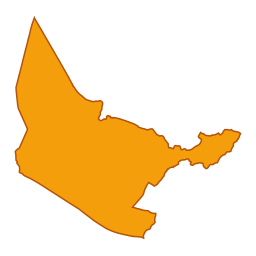 outline of Tapin, Kalimantan Selatan, Indonesia
{"feature_id": "22746128B54842505361870", "entity_name": "Tapin", "entity_type": "district", "adm_level": 2, "iso_a3": "IDN", "parent_name": "Indonesia", "parent_adm1": "Kalimantan Selatan", "projection": "mercator", "projection_center": [115.129, -2.868], "detail": "fine", "context": "isolated", "style": "filled", "palette": "amber", "viewbox_px": 256, "rotation_deg": 0, "n_neighbors": 0, "source": "geoboundaries", "source_scale": "gbopen_adm2", "svg_char_len": 5405}
<svg xmlns="http://www.w3.org/2000/svg" viewBox="0 0 256 256"><path d="M240.3,133.4L239.8,132.9L238.0,132.0L234.3,131.3L232.5,130.6L231.3,129.6L230.0,130.2L229.6,130.1L228.8,129.9L227.4,129.6L225.9,129.7L225.5,129.5L224.7,129.7L223.6,131.1L223.2,131.8L223.0,132.3L222.2,133.5L220.8,134.6L220.0,134.8L219.3,134.2L218.9,133.3L218.8,133.2L218.5,133.0L218.4,133.0L217.3,133.7L216.2,134.3L214.0,135.0L212.4,135.0L211.8,135.1L211.6,135.5L211.4,135.6L210.6,135.8L209.6,135.9L207.3,135.6L205.6,135.4L204.6,134.7L203.5,133.6L202.8,133.6L201.8,133.5L200.7,132.4L200.0,133.4L198.4,136.3L198.5,137.0L198.7,137.4L199.5,138.1L201.1,139.1L201.3,139.5L201.4,140.3L201.1,141.5L200.5,142.7L200.2,143.5L199.9,143.7L199.4,144.2L197.2,145.8L196.6,145.9L195.4,146.5L191.6,149.4L189.7,150.0L187.7,150.2L186.4,150.1L185.5,149.0L184.4,148.8L183.6,149.0L183.1,149.4L182.3,149.6L181.3,149.6L180.9,149.0L180.0,146.2L179.1,145.9L178.2,145.9L177.1,146.0L176.2,145.7L175.5,145.6L174.7,145.8L174.2,146.5L173.6,148.4L173.2,148.8L171.3,148.0L170.2,147.7L168.8,147.7L168.5,146.9L168.2,143.8L164.7,139.3L164.2,138.5L163.8,137.0L162.5,135.9L161.2,135.7L159.7,136.0L159.2,135.7L157.8,135.0L156.7,134.5L155.5,132.8L155.2,132.5L152.8,129.2L152.1,128.9L151.6,128.8L151.2,128.9L150.7,129.1L148.7,129.4L148.0,129.9L146.9,129.8L144.9,129.0L141.7,128.3L141.4,128.1L138.2,127.0L137.9,126.1L134.0,123.9L131.8,123.1L125.1,120.6L123.4,120.1L119.2,118.7L113.6,117.5L112.6,118.1L111.9,117.5L111.2,117.8L110.4,117.6L110.3,117.2L110.4,116.5L109.7,116.5L108.7,115.6L107.8,115.7L107.2,115.9L106.6,116.5L106.7,117.2L106.7,117.8L106.5,118.1L106.3,118.5L105.9,119.3L105.4,119.4L104.6,119.0L104.2,118.9L103.7,119.1L102.2,120.2L100.4,120.7L99.7,120.0L98.8,119.5L98.6,119.3L98.5,118.9L98.7,118.5L98.9,118.1L98.8,117.7L98.7,117.4L100.3,114.8L100.3,113.6L100.3,113.4L100.3,113.1L100.2,112.9L100.3,112.2L101.7,109.7L101.8,109.3L102.0,106.1L102.4,105.6L102.7,103.0L102.2,102.0L101.7,101.6L100.8,100.9L99.7,100.7L97.6,101.4L96.1,101.1L93.9,101.6L92.4,101.5L91.2,101.2L90.7,101.0L86.8,99.8L85.2,98.9L83.0,96.9L82.7,96.6L79.9,94.4L77.6,92.2L76.2,90.3L75.6,89.5L73.9,86.8L73.0,86.2L72.5,85.2L72.8,85.0L72.7,84.8L71.2,82.3L68.1,76.4L67.8,75.9L57.8,58.3L57.7,58.3L52.8,49.7L51.7,47.8L45.2,36.6L40.9,29.1L35.8,20.5L35.0,19.1L34.4,18.2L34.3,17.9L31.9,24.8L31.2,27.4L30.5,30.2L29.2,35.7L29.0,36.3L28.8,37.1L28.6,37.8L28.6,38.0L28.4,38.5L28.5,38.5L28.3,39.1L26.0,48.2L25.8,49.0L25.5,49.9L24.3,54.8L22.8,60.7L21.2,67.1L19.6,73.5L19.0,75.6L18.4,78.1L17.3,82.4L16.0,87.5L16.0,88.0L16.1,88.6L16.2,91.0L17.7,104.9L17.9,106.2L18.3,108.4L23.4,119.7L27.4,128.8L27.3,130.0L25.0,135.2L21.1,144.1L19.4,147.8L19.3,148.0L19.2,148.1L19.0,148.4L18.9,148.5L18.7,148.5L18.2,148.6L15.8,150.8L15.6,151.0L15.4,151.3L15.4,151.5L15.4,152.0L15.4,152.4L15.5,152.7L15.5,153.1L15.8,153.9L15.8,154.9L15.9,155.2L15.9,156.0L15.9,156.3L15.9,156.8L15.9,157.3L16.0,158.5L16.0,159.1L16.0,159.4L16.0,160.0L16.2,160.4L16.2,160.5L16.3,160.6L17.2,161.6L17.3,161.8L17.4,162.0L17.1,162.4L17.0,162.5L16.9,162.8L16.9,163.0L17.1,163.2L17.1,163.3L17.5,164.0L18.4,165.1L18.6,165.3L18.9,165.8L19.3,166.4L19.5,166.9L19.5,167.7L19.6,168.0L19.7,169.8L19.5,170.1L19.4,171.9L19.4,172.4L22.3,173.7L22.7,174.0L23.0,174.3L23.5,175.1L24.2,175.5L24.8,175.9L26.7,176.8L29.9,178.3L36.1,181.7L42.2,185.5L51.2,191.3L57.0,195.0L58.2,195.8L64.8,200.0L69.5,203.1L73.4,205.5L75.8,207.0L79.2,209.2L83.1,212.3L88.1,216.1L88.5,216.4L93.7,220.4L96.7,222.4L98.0,223.3L102.4,226.1L106.9,228.8L110.3,230.4L114.5,232.0L118.1,233.1L123.3,234.4L128.2,235.4L128.4,235.5L132.8,236.4L133.4,236.5L136.8,236.6L141.5,237.1L143.6,238.1L143.5,236.4L143.5,234.8L144.1,234.1L144.1,233.6L144.7,232.6L145.7,231.1L146.2,230.6L147.2,229.8L148.5,229.5L149.6,229.1L150.2,228.6L151.1,226.2L152.4,224.8L153.8,224.0L155.1,222.1L154.7,220.8L154.8,220.0L154.8,218.3L155.7,215.3L155.8,213.4L153.5,213.4L150.7,212.7L148.2,210.8L145.5,210.5L145.0,210.5L142.2,210.0L140.4,209.3L138.5,208.8L138.3,208.9L134.1,207.6L132.5,207.2L135.2,204.1L137.7,201.3L139.5,199.3L142.1,196.1L143.2,194.6L143.5,193.8L143.7,193.2L144.2,191.3L145.1,188.9L146.6,185.9L147.6,184.0L148.7,182.5L154.5,186.1L157.4,184.2L159.1,181.8L160.7,180.3L161.4,179.4L162.8,177.3L163.7,176.5L164.2,175.1L164.6,173.6L164.8,173.2L165.1,172.7L165.3,172.7L166.0,171.5L166.4,171.4L166.6,171.2L166.8,170.9L166.8,170.3L166.9,170.0L167.1,170.0L167.6,169.1L168.5,169.1L169.5,168.0L171.3,167.3L172.1,167.1L173.3,167.4L173.8,166.5L174.7,166.3L175.2,165.8L175.9,165.6L176.3,165.2L177.5,164.7L178.4,164.2L178.5,162.7L178.7,161.9L179.3,161.2L179.9,161.1L181.3,160.2L182.0,160.0L183.2,160.0L183.9,159.9L184.8,159.8L187.1,159.0L187.7,159.0L188.9,159.3L189.0,160.5L189.4,161.1L190.1,161.2L190.9,161.8L191.1,162.1L191.0,162.7L190.4,163.2L190.5,164.2L190.7,164.7L192.3,165.3L193.5,164.9L194.0,164.3L196.2,163.4L197.0,163.5L198.3,163.0L198.7,162.9L198.8,163.0L200.1,162.8L201.0,163.1L202.4,163.1L202.9,163.6L203.3,164.6L203.3,165.5L203.7,166.6L205.9,168.6L206.7,168.6L207.8,167.8L210.0,164.7L210.4,164.5L212.9,164.6L214.0,163.8L215.8,162.8L217.3,162.7L217.7,162.0L219.8,157.9L221.5,156.1L222.5,155.5L223.4,154.8L224.5,154.7L225.0,154.5L225.2,154.0L226.3,152.5L227.2,151.9L229.3,151.8L230.6,151.4L230.8,151.3L231.7,148.7L233.2,146.2L233.4,145.5L233.5,143.4L234.8,142.2L236.6,141.4L236.9,141.0L237.3,139.5L238.2,138.7L238.4,138.8L239.3,136.6L239.9,134.7L240.6,133.8L240.3,133.4Z" fill="#f59e0b" stroke="#b45309" stroke-width="1.5"/></svg>